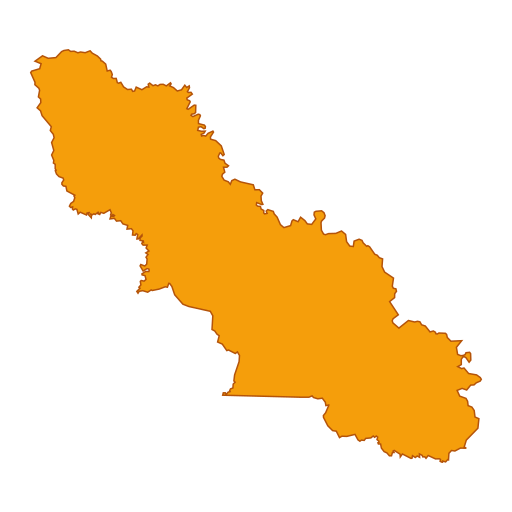 Tchologo, Savanes, Ivory Coast (Mercator projection)
{"feature_id": "98640826B18937667882346", "entity_name": "Tchologo", "entity_type": "district", "adm_level": 2, "iso_a3": "CIV", "parent_name": "Ivory Coast", "parent_adm1": "Savanes", "projection": "mercator", "projection_center": [-4.919, 9.548], "detail": "fine", "context": "isolated", "style": "filled", "palette": "amber", "viewbox_px": 512, "rotation_deg": 0, "n_neighbors": 0, "source": "geoboundaries", "source_scale": "gbopen_adm2", "svg_char_len": 5980}
<svg xmlns="http://www.w3.org/2000/svg" viewBox="0 0 512 512"><path d="M367.8,245.7L366.7,246.3L363.1,242.8L362.0,240.4L359.1,239.2L354.1,241.1L353.3,246.5L349.8,246.1L346.6,241.7L345.6,234.4L341.5,231.0L335.8,233.4L328.5,233.6L325.5,234.7L323.6,234.1L321.4,230.2L321.0,222.7L321.6,221.0L324.5,218.1L325.1,215.7L324.0,212.7L321.6,210.8L315.9,211.3L314.3,212.2L314.0,214.9L315.8,218.9L311.7,224.4L307.3,223.9L304.9,220.6L300.6,217.2L298.1,221.7L293.3,219.7L292.0,220.9L290.6,225.6L283.9,227.6L280.4,224.6L277.1,217.1L274.2,213.9L273.3,211.4L267.8,209.6L266.2,211.1L267.1,213.4L264.6,213.9L263.7,212.9L263.8,210.5L261.1,209.0L260.4,206.4L257.7,206.2L256.3,205.0L256.7,202.6L261.8,204.6L262.9,204.3L261.3,200.7L261.0,196.1L262.7,193.1L259.3,189.7L254.9,189.8L253.3,184.8L240.5,181.9L234.9,179.2L231.8,180.6L230.3,184.3L228.3,181.8L224.1,180.1L221.8,176.3L222.5,174.1L224.8,172.2L223.5,167.2L227.0,167.2L228.5,165.8L225.0,163.2L223.9,160.1L220.4,159.4L218.7,158.0L218.3,156.2L219.8,153.0L220.7,152.9L222.9,155.7L224.2,154.5L221.3,145.9L215.7,140.6L210.6,139.2L210.4,137.0L213.5,132.1L212.9,131.1L208.1,133.3L205.7,136.1L203.4,135.5L201.6,136.0L201.2,134.4L204.1,133.0L205.2,131.1L201.6,131.3L197.7,130.4L198.4,127.2L201.0,126.7L203.9,128.7L205.2,128.2L205.4,126.5L204.4,125.1L198.5,123.6L198.4,120.4L200.4,115.8L199.8,114.6L198.2,114.2L192.9,116.6L191.0,115.4L191.6,114.2L194.3,113.7L195.6,112.5L195.8,105.3L194.2,105.1L188.2,109.3L186.8,108.7L190.2,101.9L189.6,100.7L187.2,99.8L186.8,98.1L192.3,94.1L191.0,92.3L188.4,92.5L187.4,91.7L189.5,87.7L189.2,85.9L186.7,87.5L184.8,85.2L181.5,89.8L177.3,91.0L173.5,87.6L169.7,85.9L171.1,83.9L170.5,82.8L166.3,85.9L163.2,84.3L160.1,84.4L157.8,85.9L155.5,84.8L153.0,85.7L149.7,83.1L148.2,84.2L148.8,87.1L146.6,86.8L141.9,89.7L136.2,87.1L134.6,91.0L132.7,91.4L131.4,89.2L127.5,89.5L123.6,86.9L120.8,82.3L118.6,83.2L117.3,82.6L116.2,78.4L113.4,78.5L111.5,77.3L112.3,74.5L111.2,71.5L110.1,70.2L107.2,71.0L105.7,64.1L102.3,61.1L101.0,60.8L100.6,59.1L97.4,56.0L92.3,53.2L90.1,50.8L85.2,52.7L80.5,52.0L77.9,52.8L74.2,51.2L70.6,51.4L68.4,49.8L63.9,50.5L61.6,51.6L55.9,57.6L48.2,58.3L42.5,55.8L35.0,61.2L41.1,63.7L39.7,68.7L31.7,71.1L30.7,72.6L35.0,82.3L34.9,84.7L38.9,88.3L39.6,90.3L38.4,96.9L40.6,99.0L40.8,102.6L37.1,107.8L40.5,110.8L42.1,115.7L51.3,126.7L50.3,130.5L53.3,134.3L54.1,137.7L51.6,142.5L53.8,150.5L51.6,155.0L53.8,160.4L53.4,163.0L55.2,164.3L55.2,168.7L56.1,170.2L55.3,170.7L56.5,174.0L59.0,176.6L63.1,178.1L63.7,180.0L61.9,182.7L61.9,184.3L63.4,186.0L65.9,186.3L66.9,191.0L74.8,195.2L74.0,196.0L74.8,197.7L73.6,201.4L70.8,203.4L69.4,206.2L70.7,207.5L72.6,206.9L72.4,209.0L73.3,210.0L75.3,208.9L76.9,209.4L78.2,214.0L80.2,212.2L86.5,215.0L87.0,213.0L89.8,212.4L88.4,213.3L88.3,214.5L91.3,217.8L91.5,215.0L90.0,213.7L92.3,214.8L93.9,213.8L95.2,214.5L98.1,212.2L98.8,213.3L97.8,213.7L99.7,214.5L100.8,212.4L103.8,213.3L110.0,209.7L111.3,212.9L110.6,214.8L112.1,215.6L112.9,214.5L114.5,215.5L113.7,216.4L110.8,216.2L110.0,218.9L114.4,218.4L116.5,221.1L120.7,220.7L122.9,223.9L127.7,225.4L127.0,229.1L131.4,228.7L133.0,230.8L132.5,235.0L135.2,235.2L136.2,233.6L137.7,234.5L136.9,239.0L138.3,238.9L142.0,234.9L142.1,236.0L140.0,238.1L140.0,240.4L143.3,240.9L143.5,242.3L142.6,241.8L141.8,243.6L143.1,245.1L147.2,245.1L146.1,248.0L148.9,251.0L145.8,252.9L148.0,254.5L146.0,257.2L147.1,259.0L146.7,264.1L144.8,266.0L140.8,264.5L140.1,265.9L143.1,271.0L147.0,268.6L148.8,269.0L149.2,270.3L148.8,271.5L145.6,271.5L141.9,273.9L142.1,274.9L145.0,275.6L146.0,279.4L144.1,281.1L141.2,280.5L140.3,281.4L140.9,284.9L138.9,287.2L140.0,288.2L136.8,291.4L138.0,293.2L139.2,291.3L142.8,290.7L147.7,292.2L151.2,289.9L152.2,290.5L159.1,289.1L165.2,286.8L167.4,287.2L168.8,283.3L169.7,283.5L171.9,286.5L174.7,294.8L182.9,304.2L188.8,306.5L210.3,311.3L212.8,315.8L212.0,329.5L214.8,331.0L217.0,334.2L219.2,335.7L217.6,342.0L222.3,344.1L226.8,350.6L228.5,350.0L235.3,353.5L237.4,351.9L239.5,355.5L239.1,361.6L234.6,374.9L233.9,380.9L235.1,382.2L233.2,384.1L232.9,388.0L230.5,388.9L229.7,390.6L230.1,391.6L228.2,392.1L226.0,394.6L225.3,392.8L223.3,392.8L222.7,395.2L300.9,397.2L308.9,397.2L312.1,395.9L313.5,397.5L317.8,398.8L322.3,398.2L325.3,402.2L325.9,405.6L328.7,405.0L328.7,405.6L325.6,412.8L323.4,415.5L323.5,417.4L327.8,425.8L332.6,430.6L336.3,431.2L339.5,437.6L341.9,436.2L346.8,436.4L355.0,434.4L358.0,439.9L359.9,441.2L361.4,440.1L364.2,440.4L365.7,438.4L370.9,437.9L373.2,436.0L374.6,437.3L376.3,436.0L377.7,437.1L377.0,439.6L378.7,441.0L379.0,442.3L377.9,442.8L378.4,444.0L380.6,444.0L381.4,448.1L384.1,451.6L386.9,452.9L389.4,455.8L391.5,455.8L392.4,452.6L394.0,452.5L393.1,451.1L394.2,450.4L400.1,454.2L400.3,456.9L402.4,454.0L411.0,458.4L412.0,458.2L412.5,455.7L415.3,457.5L417.2,456.0L419.6,457.3L419.4,453.9L422.2,455.4L422.8,456.9L424.8,456.8L426.0,458.3L428.2,455.5L435.5,458.9L439.4,458.8L440.5,459.4L440.1,461.3L441.7,462.1L442.5,462.2L442.6,461.0L445.6,461.9L447.7,459.6L448.5,459.9L448.9,453.3L451.5,450.5L454.9,451.0L460.4,448.1L466.3,448.2L464.2,447.0L466.3,440.1L477.9,428.2L478.9,418.7L475.0,417.0L474.2,410.5L471.9,407.1L468.1,405.6L467.6,401.3L466.0,398.4L459.7,396.1L457.1,390.4L462.1,388.4L466.7,390.0L470.7,385.1L474.0,384.9L476.3,382.8L480.2,381.1L481.3,379.3L480.3,377.6L476.6,374.9L468.6,373.5L464.0,368.0L461.6,368.6L457.7,366.6L461.3,364.6L461.3,359.3L462.8,357.1L464.2,356.7L465.9,357.6L469.1,362.2L470.8,360.1L470.6,353.6L469.6,352.3L466.0,352.7L465.1,354.6L463.3,355.4L460.9,355.7L457.6,354.4L456.4,347.3L461.7,340.7L450.9,341.2L447.3,337.5L446.6,334.4L445.4,333.3L438.9,333.0L437.2,334.0L435.8,333.7L435.5,332.3L433.4,331.0L430.0,331.9L425.3,326.0L421.6,324.8L419.9,321.8L417.5,321.3L414.7,322.0L408.4,320.5L398.9,328.1L392.9,322.9L392.2,320.8L393.1,318.7L398.3,314.8L389.6,301.6L394.6,297.6L394.7,293.7L396.5,291.3L395.9,288.8L393.4,288.3L392.3,286.2L393.5,278.1L384.6,272.1L382.0,266.6L382.6,258.9L379.3,257.7L377.2,255.2L374.8,254.3L369.6,246.8L367.8,245.7Z" fill="#f59e0b" stroke="#b45309" stroke-width="1.5"/></svg>